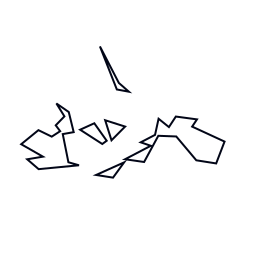 outline of Philippines, rotated 109°
{"feature_id": "PHL", "entity_name": "Philippines", "entity_type": "country or territory", "adm_level": 0, "iso_a3": "PHL", "parent_name": "Asia", "parent_adm1": "", "projection": "albers", "projection_center": [122.681, 12.951], "detail": "coarse", "context": "isolated", "style": "outline", "palette": "ink", "viewbox_px": 256, "rotation_deg": 109, "n_neighbors": 0, "source": "natural_earth", "source_scale": "50m", "svg_char_len": 755}
<svg xmlns="http://www.w3.org/2000/svg" viewBox="0 0 256 256"><g transform="rotate(109 128 128)"><path d="M109.4,32.3L132.8,33.1L136.3,52.9L120.3,79.6L125.5,96.8L154.9,101.7L158.5,120.6L137.4,100.7L137.4,111.3L125.7,100.2L109.3,102.1L113.8,89.6L101.6,86.5L97.4,65.6L105.8,67.8L109.4,32.3ZM179.2,162.2L196.0,199.1L190.4,213.1L182.8,199.1L178.1,223.7L159.2,212.0L161.0,197.3L153.1,191.1L149.0,197.2L137.7,191.9L128.1,203.7L132.2,189.2L149.6,178.0L155.0,187.7L179.8,173.2L179.2,162.2ZM145.2,172.7L134.5,161.4L147.0,144.0L151.5,147.1L145.2,172.7ZM161.8,120.5L179.8,126.0L182.8,142.9L161.8,120.5ZM127.6,131.2L145.0,139.6L128.1,152.1L127.6,131.2ZM60.0,181.1L88.4,151.3L93.4,139.0L95.2,151.1L60.0,181.1Z" fill="none" stroke="#020617" stroke-width="2"/></g></svg>